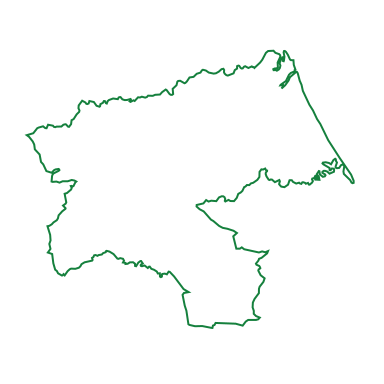 Mocubela, Zambezia, Mozambique (Mercator projection), rotated 267°
{"feature_id": "85939544B38416709222197", "entity_name": "Mocubela", "entity_type": "district", "adm_level": 2, "iso_a3": "MOZ", "parent_name": "Mozambique", "parent_adm1": "Zambezia", "projection": "mercator", "projection_center": [37.746, -17.006], "detail": "fine", "context": "isolated", "style": "outline", "palette": "green", "viewbox_px": 384, "rotation_deg": 267, "n_neighbors": 0, "source": "geoboundaries", "source_scale": "gbopen_adm2", "svg_char_len": 6021}
<svg xmlns="http://www.w3.org/2000/svg" viewBox="0 0 384 384"><g transform="rotate(267 192 192)"><path d="M211.5,343.4L211.0,344.9L209.7,345.4L204.5,344.3L202.1,344.6L195.6,350.6L193.0,351.8L192.4,352.9L192.7,353.9L194.8,354.0L201.0,351.8L218.0,341.4L236.7,330.7L253.2,323.7L258.3,320.7L267.1,317.1L273.0,313.8L287.2,308.0L293.3,307.0L297.5,305.4L305.1,303.8L306.5,303.0L306.6,302.5L301.5,295.8L298.3,294.3L293.7,290.6L290.7,286.9L293.4,288.6L294.2,288.5L293.9,285.8L294.4,286.1L297.9,291.6L304.0,295.0L305.7,296.9L307.2,301.0L308.4,300.9L308.8,301.7L313.6,300.3L318.3,300.2L318.5,297.7L319.2,296.8L324.0,294.9L327.1,293.1L328.0,292.0L327.9,291.2L326.6,290.8L322.3,291.4L318.5,290.7L317.8,290.4L318.1,289.7L321.4,290.3L321.9,290.1L321.8,289.4L319.7,287.9L316.2,286.2L313.6,286.9L311.2,286.2L309.8,285.1L308.7,283.1L309.4,282.0L309.4,279.9L310.4,279.6L311.0,280.9L311.1,283.4L312.1,284.3L316.8,284.3L322.5,287.3L324.0,287.2L325.1,286.3L326.6,282.6L328.8,280.8L328.8,275.4L327.1,273.1L320.4,269.1L317.7,266.8L312.6,260.8L313.5,260.2L313.6,258.9L314.3,258.3L312.9,254.8L314.8,251.7L314.4,250.5L312.8,249.1L312.7,248.1L313.3,247.1L315.5,245.8L315.8,244.9L315.3,243.6L312.9,243.5L311.5,241.1L308.3,239.7L306.4,233.9L306.9,232.4L308.5,230.8L309.9,230.2L312.1,230.5L313.4,229.8L313.1,227.9L310.8,225.1L309.3,222.1L309.1,219.8L310.4,215.0L312.6,212.2L313.5,209.3L312.9,208.2L310.8,206.7L309.8,202.9L306.9,199.6L306.5,195.5L302.6,192.6L301.3,191.1L301.0,190.2L303.7,186.0L303.6,184.0L303.0,183.2L299.4,182.1L296.0,178.1L290.8,178.3L290.1,177.3L290.1,176.1L290.9,174.8L295.1,172.0L295.7,171.1L293.3,167.4L291.0,165.1L291.0,160.3L290.1,157.9L290.5,153.2L289.2,151.9L288.7,150.2L289.8,146.9L289.1,145.0L289.4,143.1L285.9,139.5L286.6,138.4L285.2,135.3L285.8,134.4L287.6,135.8L288.1,135.5L287.3,132.0L287.3,129.6L288.2,127.3L290.5,125.6L290.5,124.5L290.2,123.7L288.6,122.8L289.5,118.1L288.2,113.9L287.2,112.6L284.8,111.5L285.2,110.7L287.4,109.7L287.4,108.7L285.7,107.7L284.5,105.1L282.5,104.7L282.0,104.1L283.1,101.2L287.0,98.7L288.2,94.3L285.8,93.4L285.3,92.1L285.6,91.1L287.0,90.2L288.9,87.1L284.4,83.4L281.6,83.0L279.3,83.9L277.9,83.5L275.6,80.9L271.0,77.6L270.0,75.5L266.1,74.8L263.5,72.6L263.7,71.7L266.1,69.7L266.3,69.0L265.9,67.1L264.2,65.0L264.4,60.3L263.9,58.8L264.3,57.5L265.5,56.6L266.7,51.8L263.3,50.1L263.5,48.8L265.4,46.7L264.4,42.3L263.8,40.8L259.0,36.6L257.4,30.0L255.6,32.2L250.8,35.6L247.7,36.9L242.8,37.3L237.4,41.8L229.9,42.8L227.4,44.9L220.5,47.7L218.6,52.8L221.1,55.5L221.7,57.0L222.0,60.0L221.4,60.6L220.7,60.7L220.0,59.7L217.9,54.9L216.9,53.8L215.3,53.1L209.8,52.3L209.4,53.3L209.5,57.2L208.3,60.2L209.5,63.4L209.2,68.4L210.3,72.5L209.6,75.2L208.5,77.0L207.6,75.9L204.2,74.0L203.8,73.2L204.4,72.1L204.3,71.3L202.4,72.1L200.8,71.4L197.5,67.1L196.9,64.7L188.2,65.9L187.0,65.2L185.2,62.5L182.4,64.9L181.8,64.7L179.5,61.4L175.7,57.6L172.6,56.7L170.9,55.5L168.9,52.1L167.1,50.3L165.7,47.8L165.4,45.9L156.6,48.1L151.0,48.2L147.6,46.8L142.6,47.7L139.1,44.9L137.4,49.1L128.0,49.8L121.6,51.3L120.2,52.9L117.8,54.0L115.4,57.7L115.5,58.4L116.7,59.4L115.4,60.5L119.4,63.6L121.3,65.9L121.8,67.3L121.4,71.5L122.3,75.1L123.6,76.6L125.7,77.9L127.4,81.0L128.7,88.7L129.4,89.2L131.4,88.7L132.2,90.1L133.9,91.0L134.1,92.4L133.2,94.3L133.9,95.5L134.3,98.7L135.6,100.0L136.4,102.7L137.4,103.0L137.7,103.7L136.8,106.5L134.1,110.4L129.4,114.0L129.1,115.0L129.7,116.9L128.9,119.6L127.0,120.5L125.2,119.4L124.7,121.8L123.6,121.8L123.7,124.0L125.0,126.3L124.9,129.5L123.4,131.3L121.1,131.3L120.8,132.3L124.3,134.7L125.7,136.8L125.7,137.6L123.2,139.1L122.3,137.4L121.6,136.9L120.9,137.1L120.5,138.1L121.1,140.8L118.4,143.9L119.7,145.2L119.7,145.9L117.4,147.4L116.4,149.9L114.4,152.7L112.4,153.6L112.5,155.6L109.2,155.6L108.6,156.5L109.1,157.5L111.4,157.7L111.7,158.2L111.9,160.6L111.1,162.6L113.7,164.5L113.4,165.6L108.6,169.7L95.5,178.5L92.2,183.4L91.6,178.7L89.8,177.2L78.9,178.8L73.7,180.2L60.1,181.5L59.4,182.5L57.8,188.0L57.6,195.2L55.3,204.3L55.2,205.3L57.5,205.9L58.0,207.5L60.0,208.7L58.2,228.7L55.9,235.6L59.8,238.9L61.3,241.4L60.9,249.3L61.4,251.5L63.0,253.1L64.8,249.4L67.1,247.3L70.1,247.5L73.6,246.5L78.4,247.0L82.0,248.9L87.5,253.5L91.8,253.8L93.9,254.6L98.5,258.6L102.0,260.0L105.3,256.2L110.0,254.1L111.2,254.5L112.2,256.2L113.1,256.1L114.6,255.3L116.0,252.6L117.1,252.1L120.0,254.7L121.8,255.5L122.6,258.0L126.8,263.8L129.0,264.8L128.0,262.0L129.0,258.9L128.1,255.7L132.1,241.1L134.1,238.8L132.9,236.8L133.1,233.3L145.6,230.9L148.7,234.7L151.1,231.5L153.4,225.5L154.6,220.8L156.7,217.3L161.9,211.8L163.4,209.5L172.0,202.7L174.4,198.7L177.3,195.8L178.8,196.0L180.0,202.8L183.2,205.7L181.6,208.0L182.3,210.8L181.6,215.8L185.2,218.7L186.2,221.5L186.0,223.1L185.1,224.2L183.4,224.8L181.4,224.3L180.8,224.8L182.2,228.1L181.0,229.8L180.7,233.5L183.8,236.4L187.7,238.1L189.0,240.7L190.5,242.4L194.2,244.4L194.6,245.6L196.1,247.2L195.9,249.6L197.5,251.3L198.0,253.6L200.7,257.9L203.5,260.1L208.6,260.5L211.0,262.5L210.7,264.1L211.6,266.3L209.9,267.1L209.5,268.1L208.8,268.0L207.7,266.8L206.2,266.5L203.7,267.2L200.3,269.2L199.9,270.2L200.4,271.3L200.2,272.5L197.5,275.3L199.4,279.8L198.1,280.3L195.3,279.4L194.2,280.1L192.7,281.4L192.0,284.6L194.3,288.3L198.6,290.0L198.7,290.4L198.5,292.3L196.8,293.4L195.0,296.5L195.7,299.4L195.0,300.0L194.4,301.6L195.9,302.7L195.9,303.6L195.2,305.4L194.3,306.1L195.0,308.3L193.3,309.1L193.2,309.9L195.1,312.4L196.6,313.3L198.3,312.5L199.1,312.8L199.7,315.1L197.9,315.8L197.9,316.8L199.1,316.9L200.7,315.4L201.6,315.9L201.4,317.7L199.5,318.7L197.7,318.2L197.5,319.9L200.9,319.4L203.2,317.5L206.3,319.8L206.1,320.3L202.8,320.7L200.3,323.5L200.7,325.5L201.7,326.2L202.5,325.9L204.3,323.2L205.3,323.3L206.2,324.5L206.2,325.9L205.4,328.0L203.1,330.3L204.8,334.8L206.6,335.1L207.8,334.8L208.2,333.0L206.5,331.5L206.6,330.6L208.8,330.6L212.7,324.7L213.7,323.8L214.5,324.3L214.7,327.1L213.8,330.3L212.4,332.3L216.5,334.9L217.7,336.7L217.2,337.3L215.5,337.4L213.8,338.3L210.1,336.8L208.8,336.8L208.2,338.0L208.4,340.3L211.0,342.2L211.5,343.4Z" fill="none" stroke="#15803d" stroke-width="2"/></g></svg>